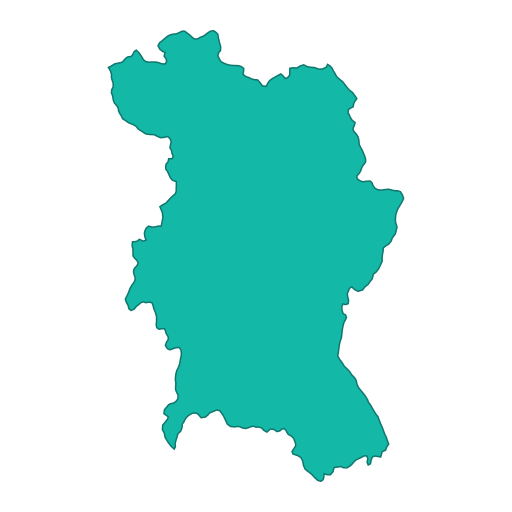 Jacinto, Minas Gerais, Brazil
{"feature_id": "56859067B66910938619484", "entity_name": "Jacinto", "entity_type": "district", "adm_level": 2, "iso_a3": "BRA", "parent_name": "Brazil", "parent_adm1": "Minas Gerais", "projection": "orthographic", "projection_center": [-40.323, -16.195], "detail": "fine", "context": "isolated", "style": "filled", "palette": "teal", "viewbox_px": 512, "rotation_deg": 0, "n_neighbors": 0, "source": "geoboundaries", "source_scale": "gbopen_adm2", "svg_char_len": 6013}
<svg xmlns="http://www.w3.org/2000/svg" viewBox="0 0 512 512"><path d="M133.0,255.8L134.5,258.1L136.9,260.3L138.2,263.2L136.7,266.1L134.8,267.8L133.6,270.1L133.6,272.9L135.3,278.2L134.5,281.5L131.9,285.1L130.1,288.3L128.7,292.0L127.1,295.7L125.3,299.1L126.4,302.4L128.1,305.4L128.9,308.8L131.1,310.5L134.2,309.1L136.4,306.3L138.8,304.6L140.8,302.7L143.3,301.8L145.8,302.7L149.0,302.1L151.9,302.7L153.0,305.4L153.8,308.6L155.3,312.2L156.5,316.4L156.6,320.3L156.2,324.8L156.8,327.7L159.1,329.3L161.9,328.7L164.5,328.7L165.5,331.1L166.2,333.6L168.2,336.8L168.2,339.8L166.6,341.9L165.4,345.4L167.3,348.6L170.0,349.8L172.2,349.0L175.2,347.9L179.2,347.4L181.0,350.0L181.4,353.5L181.1,356.4L180.4,359.2L179.8,363.3L178.5,367.2L176.8,370.5L175.9,373.9L175.4,377.9L175.4,380.4L175.9,383.2L175.6,386.5L175.6,389.7L176.5,391.9L178.1,395.3L177.9,398.7L176.4,401.0L173.7,403.0L170.9,403.6L168.6,404.7L166.7,407.1L164.5,409.6L163.9,413.6L168.3,416.8L167.5,419.2L165.3,422.0L162.7,425.1L162.4,429.6L164.2,432.9L165.1,437.3L167.1,440.7L168.7,443.1L170.9,446.0L174.2,449.1L175.4,446.7L175.1,443.5L176.1,439.9L177.2,436.3L177.9,433.8L180.6,431.3L182.0,427.8L182.3,424.1L183.8,422.0L185.2,419.1L187.0,416.8L189.1,415.1L192.6,413.1L196.4,413.1L198.5,414.6L201.1,417.7L205.3,417.1L207.7,415.2L209.5,413.0L213.0,411.6L216.6,410.0L219.6,410.6L221.8,413.4L223.6,416.2L226.0,421.2L227.3,424.1L230.5,426.5L234.6,426.9L237.2,426.5L239.8,426.7L242.6,428.0L245.6,428.5L248.4,427.7L250.8,426.7L253.7,426.2L255.9,427.2L258.3,427.0L261.6,427.9L263.9,430.4L266.9,432.1L270.4,429.0L273.8,429.4L277.0,431.6L279.8,430.9L281.6,429.3L283.9,428.5L285.8,430.0L286.8,432.2L288.4,434.5L291.3,436.0L293.7,438.4L294.6,441.0L295.6,443.4L295.6,446.1L293.7,448.9L292.0,451.6L293.0,454.0L298.0,455.7L301.0,457.7L302.7,461.0L303.5,465.4L305.1,469.1L307.5,471.1L310.1,473.0L312.3,474.9L314.7,477.6L317.8,480.4L320.9,481.3L323.0,479.8L323.8,477.4L324.1,473.7L327.0,474.7L330.5,474.7L333.0,471.7L334.1,467.5L337.8,467.0L341.0,466.6L343.7,467.8L347.1,467.8L350.3,465.8L352.3,463.9L354.1,461.7L356.3,459.7L358.4,458.8L361.6,457.3L364.0,455.9L366.7,455.9L367.8,458.6L367.1,462.2L368.2,465.0L370.4,463.8L371.1,460.4L372.3,457.0L374.9,456.0L380.7,457.0L382.1,451.7L385.6,450.2L386.6,447.1L388.7,444.1L387.2,440.1L386.2,437.0L384.9,434.6L382.3,427.5L380.7,424.0L379.3,420.4L378.0,416.8L375.7,413.8L374.0,411.1L372.1,407.8L370.3,404.6L368.5,402.4L367.6,399.8L364.8,395.3L362.7,392.7L360.5,390.1L358.3,387.2L356.9,384.0L356.2,380.7L355.1,378.4L353.5,376.6L351.5,374.6L350.1,372.2L348.0,369.8L345.9,367.8L344.1,366.0L342.6,363.4L340.9,361.0L339.4,359.1L337.7,355.9L338.3,352.9L338.8,348.9L339.3,345.2L340.1,341.3L341.4,337.8L341.8,334.1L342.3,329.7L343.0,326.1L343.9,322.6L345.5,319.7L346.5,317.4L345.5,314.9L343.2,313.7L342.1,310.6L341.8,306.8L342.9,303.9L345.5,304.6L348.2,303.7L348.6,300.2L347.7,296.8L347.3,293.7L349.4,288.5L351.7,286.8L354.6,289.6L358.0,291.3L362.5,290.0L365.0,286.8L368.1,284.4L370.1,281.4L371.8,279.5L372.7,277.2L373.3,274.1L375.9,272.3L378.4,269.2L380.3,265.4L382.1,261.5L382.1,258.9L382.3,255.4L383.0,251.7L383.4,247.8L386.2,245.6L388.7,244.1L391.2,241.1L392.3,237.9L395.3,233.9L396.2,230.4L397.0,227.2L396.4,224.8L395.6,222.5L395.4,219.7L395.6,216.4L396.0,213.9L396.8,211.6L397.8,209.0L399.6,206.0L401.9,202.1L403.6,198.5L402.4,194.8L400.4,191.7L397.8,190.8L395.0,190.7L392.2,190.2L388.5,189.2L384.7,189.6L382.1,190.1L379.8,190.0L377.5,189.6L374.9,188.2L373.0,185.5L371.9,182.6L370.0,181.0L366.1,181.3L362.7,181.8L359.7,180.6L357.2,178.8L356.8,176.0L358.9,173.7L360.3,171.7L362.3,166.4L364.3,163.9L365.6,161.9L365.6,159.5L364.9,156.6L362.4,150.6L360.8,147.7L359.2,144.5L358.9,140.3L358.0,136.7L356.2,134.0L353.5,130.9L353.0,128.3L354.3,125.6L355.1,122.6L352.0,120.1L350.2,117.2L349.2,114.7L348.0,112.6L348.6,109.4L350.9,107.9L353.1,106.9L353.7,103.7L354.8,101.4L356.8,98.6L354.8,95.6L352.6,92.6L349.0,89.7L346.7,87.0L344.4,83.9L342.4,81.5L339.6,79.3L336.6,76.6L335.1,73.7L333.4,70.9L332.0,68.1L330.2,66.1L327.6,64.4L326.3,67.2L322.5,69.0L318.6,69.1L314.8,67.6L310.1,67.2L306.8,66.5L303.7,64.8L300.1,66.0L296.8,68.0L292.5,67.8L289.8,68.3L289.8,71.6L289.7,75.0L287.8,77.5L285.3,78.5L283.1,75.9L280.8,73.9L278.0,75.4L274.8,77.2L272.5,78.5L270.6,79.8L268.8,81.5L266.1,86.4L262.3,85.8L260.1,82.7L257.6,79.9L254.4,79.7L251.7,79.0L249.0,77.6L246.7,76.9L244.6,75.8L243.1,73.9L243.6,71.3L243.7,68.4L241.4,66.6L238.7,65.7L231.8,65.4L228.0,64.8L224.3,63.4L221.1,61.7L219.6,59.4L217.8,55.9L218.8,52.4L220.5,50.6L220.7,46.7L219.5,42.7L218.5,38.4L217.8,34.2L216.0,32.4L213.7,30.7L210.4,31.2L207.9,32.8L205.0,35.0L202.5,36.6L200.2,37.3L198.0,38.7L195.2,39.2L192.7,37.8L190.3,35.5L184.9,31.3L182.5,31.1L176.3,33.9L173.4,34.1L170.7,34.7L167.8,36.0L161.7,41.1L159.5,42.8L158.0,45.8L159.9,49.3L162.6,51.4L165.1,52.4L164.1,56.1L166.1,58.8L166.6,61.5L165.3,63.9L162.1,63.9L158.2,62.5L155.3,62.0L152.0,62.0L148.6,62.2L145.5,61.4L143.4,59.7L141.7,56.7L139.1,52.9L136.2,50.1L134.1,51.7L133.0,54.1L131.2,56.5L128.0,56.8L125.9,58.2L124.2,59.9L122.6,62.0L120.3,62.7L114.6,63.9L111.4,66.0L108.4,67.4L110.5,71.1L111.5,74.5L111.4,77.1L112.0,79.7L113.1,83.0L113.2,86.7L111.7,89.8L111.4,92.9L112.5,95.5L113.3,100.0L114.3,102.9L116.5,105.4L118.2,108.0L118.6,111.0L119.7,113.4L121.2,115.6L122.7,118.8L125.7,120.7L128.8,122.9L132.6,124.3L136.0,126.2L138.4,129.2L140.7,130.6L145.7,133.9L149.9,134.5L154.2,134.7L157.3,136.3L160.5,137.7L164.1,137.4L167.6,136.5L169.9,138.5L171.2,141.6L169.9,147.8L171.4,150.2L172.0,153.3L173.2,156.3L172.2,158.7L168.7,158.7L168.1,161.7L166.1,164.1L165.7,166.8L165.9,169.3L167.5,171.4L170.5,178.0L172.5,180.3L176.3,181.6L176.4,185.3L176.2,188.0L176.2,191.3L175.3,193.8L173.4,195.4L171.2,197.4L165.8,203.2L162.3,205.0L159.9,206.7L162.3,212.5L162.9,217.3L162.3,220.5L161.8,223.5L161.0,226.3L158.5,226.0L155.3,226.9L151.8,227.1L148.7,226.1L146.4,227.9L145.0,230.6L144.4,233.3L144.8,236.7L146.1,240.0L143.2,241.2L139.5,239.3L136.5,241.5L132.5,241.8L132.1,245.8L132.9,248.9L133.0,251.7L133.0,255.8Z" fill="#14b8a6" stroke="#0f766e" stroke-width="1.5"/></svg>